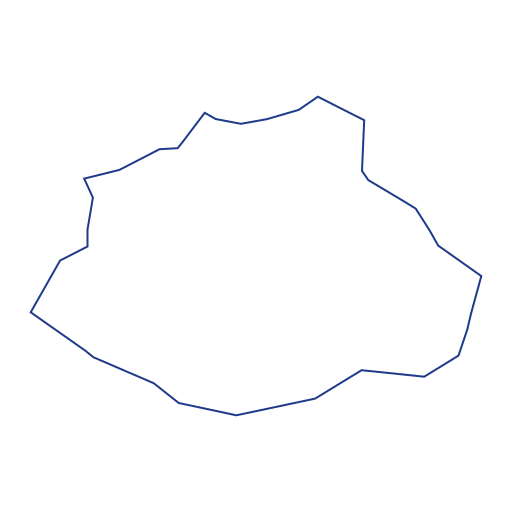 outline of Bu'rd, Övörhangay, Mongolia
{"feature_id": "93677404B24392895024696", "entity_name": "Bu'rd", "entity_type": "district", "adm_level": 2, "iso_a3": "MNG", "parent_name": "Mongolia", "parent_adm1": "Övörhangay", "projection": "orthographic", "projection_center": [103.904, 47.077], "detail": "fine", "context": "isolated", "style": "outline", "palette": "blue", "viewbox_px": 512, "rotation_deg": 0, "n_neighbors": 0, "source": "geoboundaries", "source_scale": "gbopen_adm2", "svg_char_len": 574}
<svg xmlns="http://www.w3.org/2000/svg" viewBox="0 0 512 512"><path d="M424.2,376.7L458.5,355.6L467.3,329.5L467.4,329.0L471.1,313.3L481.3,276.1L438.2,245.6L429.5,230.2L415.7,208.6L405.5,202.3L368.3,180.1L362.0,170.9L364.2,120.2L336.5,106.2L317.9,96.7L298.7,109.9L266.7,119.2L240.9,123.8L215.6,119.0L204.7,112.8L182.4,142.3L177.6,148.2L159.5,149.2L119.4,169.9L84.2,178.6L92.9,197.6L87.5,229.6L87.5,246.5L60.1,260.5L30.7,312.3L85.2,350.6L93.5,357.3L153.7,383.2L178.7,403.0L236.3,415.3L315.1,398.6L361.6,370.2L424.2,376.7Z" fill="none" stroke="#1e3a8a" stroke-width="2"/></svg>